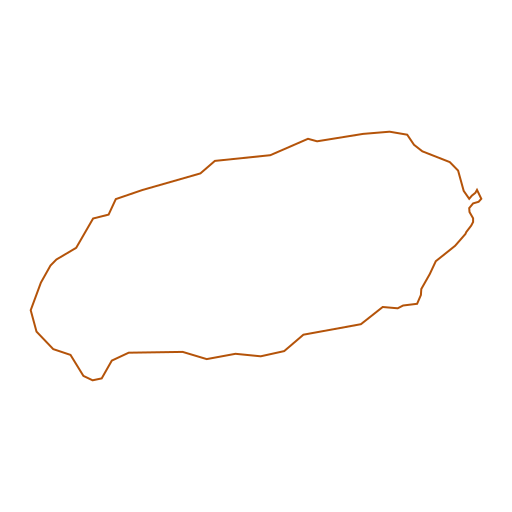 the Province of Jeju
{"feature_id": "KOR-2510", "entity_name": "Jeju", "entity_type": "Province", "adm_level": 1, "iso_a3": "KOR", "parent_name": "South Korea", "parent_adm1": "", "projection": "robinson", "projection_center": [126.648, 33.381], "detail": "fine", "context": "isolated", "style": "outline", "palette": "amber", "viewbox_px": 512, "rotation_deg": 0, "n_neighbors": 0, "source": "natural_earth", "source_scale": "10m", "svg_char_len": 848}
<svg xmlns="http://www.w3.org/2000/svg" viewBox="0 0 512 512"><path d="M477.0,189.9L481.3,198.8L478.6,201.8L473.1,203.4L469.2,208.1L469.5,212.0L473.1,218.3L473.1,222.0L471.2,225.6L466.3,232.0L465.4,234.0L455.1,245.8L435.8,261.2L429.8,274.0L421.3,289.0L420.9,295.0L417.1,303.8L403.1,305.5L397.7,308.3L382.7,307.0L360.9,324.2L303.4,334.7L284.2,351.1L260.7,356.3L235.5,353.8L206.7,359.1L182.7,351.9L128.7,352.7L111.8,360.6L101.7,378.4L92.6,380.3L83.4,375.9L70.5,354.9L53.2,349.1L36.5,331.6L30.7,310.2L40.9,282.6L50.5,265.5L56.4,259.5L76.2,247.8L93.1,218.5L108.6,214.6L115.8,199.1L142.4,190.0L200.4,173.4L214.9,160.9L270.3,155.2L308.0,138.8L317.1,141.3L363.0,133.9L389.6,131.7L407.2,134.7L414.0,144.8L422.3,151.3L449.8,162.1L458.1,170.6L463.7,190.9L469.2,198.8L471.8,195.7L475.4,192.8L477.0,189.9Z" fill="none" stroke="#b45309" stroke-width="2"/></svg>